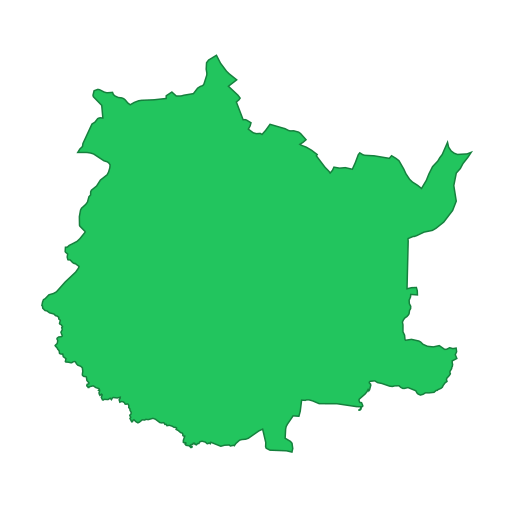 the district of Usiacurí, Atlántico, Colombia, rotated 185°
{"feature_id": "7082276B65299122871620", "entity_name": "Usiacurí", "entity_type": "district", "adm_level": 2, "iso_a3": "COL", "parent_name": "Colombia", "parent_adm1": "Atlántico", "projection": "orthographic", "projection_center": [-74.979, 10.736], "detail": "fine", "context": "isolated", "style": "filled", "palette": "green", "viewbox_px": 512, "rotation_deg": 185, "n_neighbors": 0, "source": "geoboundaries", "source_scale": "gbopen_adm2", "svg_char_len": 5973}
<svg xmlns="http://www.w3.org/2000/svg" viewBox="0 0 512 512"><g transform="rotate(185 256 256)"><path d="M261.1,65.1L259.6,67.6L256.3,71.1L254.2,71.9L250.3,72.6L247.7,73.8L237.9,82.0L234.3,84.1L230.0,71.0L229.8,66.9L229.1,65.4L225.2,63.8L208.7,64.6L203.1,63.8L202.6,67.4L203.8,72.6L205.5,74.3L211.1,77.0L211.4,86.2L211.1,88.7L210.0,91.3L205.1,100.0L199.3,100.1L198.4,105.3L198.0,116.4L194.3,116.5L193.1,117.1L190.6,117.3L186.9,116.6L180.2,114.4L162.5,115.9L142.5,114.7L138.0,115.0L139.1,112.1L140.6,111.3L139.1,111.5L138.2,112.4L137.7,114.9L136.7,115.4L136.6,116.3L138.1,119.1L139.9,119.2L140.9,121.4L140.6,122.5L135.3,128.0L133.6,130.5L132.6,133.0L132.2,132.9L131.8,131.7L131.2,132.7L130.4,137.3L130.8,138.5L131.1,138.5L132.1,139.5L132.1,140.3L131.4,141.1L126.8,142.0L123.9,140.5L119.6,140.0L111.6,138.0L108.8,137.9L106.5,138.7L102.2,139.2L100.4,137.8L98.3,136.9L96.7,137.0L93.1,138.2L85.1,135.7L83.7,133.6L82.5,132.6L80.1,131.8L77.5,132.8L75.2,134.5L71.9,134.7L66.8,135.7L64.8,137.8L63.8,137.9L63.1,138.7L60.2,140.3L58.9,141.6L58.3,143.3L56.6,146.1L54.8,147.7L55.5,149.4L55.3,150.8L53.1,153.7L52.1,155.6L52.7,156.9L52.7,158.0L51.3,160.8L51.3,162.1L50.8,163.2L50.7,165.3L51.2,166.5L51.4,168.6L47.0,171.4L48.9,175.1L47.8,178.1L48.6,181.7L51.8,180.9L55.1,181.5L57.9,179.7L59.9,179.4L65.6,182.7L71.4,180.9L77.4,181.0L82.0,182.6L84.4,184.6L86.3,185.5L93.8,186.5L99.7,185.1L100.3,185.8L101.1,190.1L103.0,193.3L103.6,200.2L104.4,203.0L103.5,205.4L102.2,207.4L100.4,208.8L99.0,210.7L98.5,211.8L98.3,215.2L97.4,217.0L97.5,219.4L99.1,221.9L99.6,225.3L98.5,228.7L98.5,231.2L91.8,231.3L92.3,235.4L93.5,238.6L98.3,238.0L102.7,236.5L105.7,284.1L106.1,286.1L105.9,286.7L101.1,289.2L100.2,289.2L97.7,290.3L90.8,294.4L82.5,296.9L79.1,299.3L71.9,306.2L64.1,318.5L61.3,328.1L65.1,343.4L63.7,356.1L60.1,360.9L57.9,366.1L53.5,372.8L50.7,378.0L54.6,376.1L64.2,374.7L67.6,375.7L70.7,377.6L73.6,381.2L75.1,385.9L79.3,373.4L81.5,369.9L83.1,366.5L87.9,360.4L90.9,352.8L92.9,346.2L97.0,337.7L101.2,340.5L106.6,343.3L109.7,345.8L113.9,351.1L116.4,355.5L121.9,363.4L125.2,365.5L129.7,367.7L131.7,364.9L147.0,366.1L156.5,365.8L158.4,366.2L161.6,367.8L162.9,365.9L165.3,357.3L167.6,350.8L174.7,351.8L180.4,350.8L186.1,351.3L187.3,348.0L189.4,345.1L190.7,346.7L195.0,350.4L204.6,361.0L203.9,362.4L209.9,366.2L215.4,368.8L220.3,370.2L222.0,371.1L219.2,373.2L216.3,376.2L222.2,381.8L224.3,383.1L229.3,384.0L232.8,383.6L234.6,383.9L238.0,385.3L253.5,388.4L257.4,381.9L260.6,377.6L262.4,378.5L266.3,377.9L269.5,378.5L274.7,381.7L273.2,385.1L272.6,388.3L277.3,390.6L278.7,390.9L280.7,390.6L289.0,407.7L286.6,410.1L285.6,411.9L288.0,414.6L298.3,422.7L290.6,429.8L298.7,435.2L301.5,437.5L308.2,445.0L312.9,452.5L320.3,447.1L322.1,444.2L321.9,437.8L320.9,433.9L320.8,431.9L322.8,423.0L323.4,421.7L324.5,420.8L326.2,420.1L328.8,418.1L332.5,412.3L341.8,409.9L344.5,408.9L349.3,408.4L354.1,412.0L359.4,407.8L359.2,405.1L371.3,402.7L383.7,401.1L386.5,400.4L390.6,398.4L394.5,395.7L397.1,397.3L399.9,400.1L401.5,401.2L403.5,401.8L407.1,401.9L410.6,403.2L412.2,404.5L413.2,406.5L418.7,405.6L421.3,406.0L426.3,408.0L428.1,408.2L431.7,406.5L432.4,402.0L431.9,400.5L422.8,392.6L420.6,380.1L423.3,380.1L425.0,379.5L425.7,379.0L428.2,375.2L430.9,373.2L438.2,353.0L438.4,350.0L440.8,347.2L442.6,343.6L433.3,344.4L430.0,344.2L426.7,343.5L415.8,337.6L412.2,336.8L410.5,335.6L409.3,334.1L409.3,331.1L410.2,326.8L411.4,323.9L417.6,318.1L420.9,311.8L425.7,307.2L426.3,305.5L426.1,302.3L427.6,300.5L428.6,295.0L430.1,292.6L434.0,288.4L434.8,286.4L435.4,279.8L434.5,271.2L434.1,270.4L428.4,265.5L428.4,264.7L433.0,257.8L435.5,255.0L443.1,250.2L444.7,248.4L446.6,248.1L446.5,243.9L446.1,243.2L443.8,241.6L444.0,238.5L443.2,236.2L442.9,235.8L440.8,235.9L438.1,233.5L436.3,232.6L435.7,232.9L431.4,230.2L431.8,228.5L434.2,224.3L443.8,213.5L451.7,202.9L454.5,201.0L458.9,199.3L462.4,195.0L463.9,194.0L464.6,191.7L465.0,188.0L464.3,187.5L463.9,185.4L461.4,183.3L459.5,183.1L456.7,181.4L452.3,180.6L450.5,179.1L448.8,178.8L447.2,177.7L447.0,176.1L445.3,174.9L445.9,171.7L445.6,171.2L444.0,170.5L442.6,168.6L443.3,167.7L442.7,166.2L442.7,165.3L443.7,163.1L442.1,159.8L442.2,159.2L442.9,158.6L445.4,158.2L446.8,157.0L447.1,156.1L446.1,154.4L446.4,151.5L448.3,149.4L448.0,148.8L446.2,147.2L445.4,145.9L443.9,144.5L443.2,141.8L441.6,141.3L440.0,141.5L439.2,138.9L436.4,137.2L436.7,134.2L436.1,133.8L434.0,133.9L430.9,133.5L430.1,133.7L429.1,134.6L427.3,135.1L426.6,134.8L425.5,133.0L424.0,131.7L421.1,130.9L419.3,129.6L418.5,126.0L418.7,123.0L418.4,121.9L416.9,121.0L414.9,121.0L414.4,120.5L413.6,117.2L411.4,115.1L411.4,114.1L413.0,113.5L413.3,112.3L413.0,111.6L412.0,111.0L411.8,110.4L411.0,110.4L410.7,111.2L406.8,112.5L404.2,111.0L400.8,110.2L400.3,109.2L401.1,108.5L400.0,108.0L400.5,105.9L399.9,104.4L399.3,103.6L397.9,104.9L397.1,104.2L397.8,101.7L396.4,99.3L395.6,99.2L394.7,100.0L390.9,100.1L388.9,101.6L387.5,100.3L386.7,102.1L385.9,102.6L381.8,102.5L378.9,103.5L378.9,102.4L379.8,100.8L378.9,98.5L377.4,99.3L375.6,99.2L374.3,98.4L373.5,97.1L372.5,97.0L371.2,97.5L370.4,97.1L369.6,95.7L369.6,94.0L368.3,92.7L368.1,91.4L366.7,89.3L366.8,87.5L367.8,86.5L367.8,86.1L366.7,84.4L367.4,83.2L365.4,80.0L364.6,80.2L364.2,81.6L363.3,82.2L361.1,80.4L359.1,79.5L357.6,80.4L355.0,82.9L352.5,82.9L351.5,83.7L349.1,83.6L344.8,85.2L344.0,85.2L341.9,84.6L337.3,81.7L335.6,81.5L333.7,81.9L332.9,81.6L332.1,80.3L330.8,80.5L329.9,79.2L327.6,79.8L324.8,79.2L322.7,78.2L321.1,78.3L320.1,77.7L320.5,76.3L318.3,75.4L315.7,73.5L314.2,73.2L313.4,72.3L313.2,70.8L312.7,70.4L311.3,70.3L312.3,66.1L312.2,64.1L311.8,63.8L309.8,63.9L309.5,63.5L310.2,63.0L310.3,62.5L309.1,61.3L305.9,61.1L304.2,59.5L303.2,59.8L303.1,60.6L304.4,61.0L304.7,62.0L304.0,62.6L302.5,62.7L302.3,63.9L301.2,64.2L300.5,63.9L300.4,63.0L298.8,62.7L297.9,64.1L296.6,64.2L295.8,66.0L293.6,66.8L290.2,66.2L288.4,64.8L287.7,64.8L286.4,65.7L285.2,65.0L284.7,66.5L274.5,63.4L270.7,64.8L266.1,65.4L265.0,64.5L261.8,65.5L261.1,65.1Z" fill="#22c55e" stroke="#15803d" stroke-width="1.5"/></g></svg>